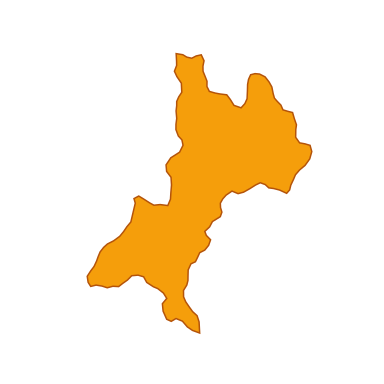 outline of Bela Vista de Minas, Minas Gerais, Brazil, rotated 72°
{"feature_id": "56859067B3300514991287", "entity_name": "Bela Vista de Minas", "entity_type": "district", "adm_level": 2, "iso_a3": "BRA", "parent_name": "Brazil", "parent_adm1": "Minas Gerais", "projection": "mercator", "projection_center": [-43.103, -19.806], "detail": "fine", "context": "isolated", "style": "filled", "palette": "amber", "viewbox_px": 384, "rotation_deg": 72, "n_neighbors": 0, "source": "geoboundaries", "source_scale": "gbopen_adm2", "svg_char_len": 2102}
<svg xmlns="http://www.w3.org/2000/svg" viewBox="0 0 384 384"><g transform="rotate(72 192 192)"><path d="M328.5,228.3L317.7,225.4L311.2,225.4L305.9,228.4L300.3,230.2L294.5,231.9L289.1,232.4L283.0,230.5L278.9,225.7L274.9,223.2L270.5,221.7L264.9,219.7L260.0,215.2L259.4,210.3L256.1,207.1L252.1,203.4L251.2,197.8L247.9,192.7L243.2,189.1L237.7,191.8L233.4,192.0L230.6,186.0L226.4,181.7L224.2,172.7L220.4,169.8L215.7,169.7L211.4,168.5L208.0,164.8L205.5,160.5L203.5,153.7L207.8,148.7L208.1,143.0L206.7,136.0L205.0,129.4L204.3,124.2L207.6,120.0L211.8,117.7L213.9,113.3L217.2,108.1L222.5,102.4L220.2,98.5L216.0,95.9L211.3,91.5L207.6,88.3L204.3,82.9L201.6,76.2L196.9,69.8L190.6,65.6L184.1,65.3L181.1,69.7L178.5,74.5L172.0,76.5L164.7,74.0L160.4,71.9L153.9,72.0L147.5,71.8L144.7,76.2L142.0,80.1L136.8,80.6L132.4,82.8L128.2,84.6L123.4,84.4L116.8,83.6L111.2,84.7L105.1,86.9L100.7,91.3L98.9,95.5L98.6,100.0L102.3,103.4L106.9,105.9L113.1,108.1L120.3,110.8L124.3,114.4L127.1,119.3L122.6,125.3L115.8,127.0L110.3,128.9L107.3,135.3L105.0,139.5L101.7,144.4L96.3,145.2L91.3,143.5L86.3,143.8L80.6,144.2L75.7,142.7L70.9,140.0L64.4,140.8L63.9,146.0L64.7,150.9L62.1,155.3L58.6,158.3L55.5,164.3L62.6,166.2L66.9,167.5L71.7,171.4L77.6,170.7L85.2,168.5L94.0,170.9L97.4,175.2L101.2,178.6L105.2,179.9L110.0,182.1L117.3,183.8L122.6,186.3L127.7,188.0L134.5,187.7L139.3,185.5L144.8,186.1L150.3,191.5L152.9,201.6L158.2,208.3L164.6,209.8L171.5,207.4L179.0,209.3L186.1,212.3L192.2,214.7L197.4,219.2L194.1,226.2L192.8,232.3L189.2,235.7L184.5,239.5L179.4,243.9L180.3,249.2L185.1,249.4L189.2,251.9L195.8,255.9L201.6,259.4L204.8,264.5L208.6,269.4L211.8,274.4L214.2,281.6L215.3,288.5L217.4,293.2L220.6,297.9L224.2,301.0L228.2,304.1L232.5,308.1L235.8,312.8L239.8,317.7L245.8,318.7L250.5,317.5L250.9,312.0L253.7,306.6L256.9,302.2L257.2,296.4L259.3,291.0L257.5,286.1L255.8,280.6L253.0,275.2L254.4,269.0L257.7,264.2L264.0,263.0L270.2,258.0L273.3,254.4L279.3,250.4L285.4,248.9L289.1,254.7L296.4,256.3L305.2,255.4L308.6,251.7L307.4,246.3L311.9,241.0L318.9,238.1L323.8,234.3L328.5,228.3Z" fill="#f59e0b" stroke="#b45309" stroke-width="1.5"/></g></svg>